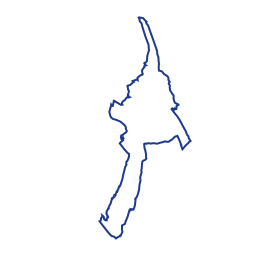 Karatu, Arusha, United Republic of Tanzania (Equal Earth projection), rotated 322°
{"feature_id": "72390352B22674606658861", "entity_name": "Karatu", "entity_type": "district", "adm_level": 2, "iso_a3": "TZA", "parent_name": "United Republic of Tanzania", "parent_adm1": "Arusha", "projection": "equal_earth", "projection_center": [35.413, -3.487], "detail": "fine", "context": "isolated", "style": "outline", "palette": "blue", "viewbox_px": 256, "rotation_deg": 322, "n_neighbors": 0, "source": "geoboundaries", "source_scale": "gbopen_adm2", "svg_char_len": 5673}
<svg xmlns="http://www.w3.org/2000/svg" viewBox="0 0 256 256"><g transform="rotate(322 128 128)"><path d="M189.4,117.0L189.3,116.1L189.4,115.2L189.6,114.9L190.5,113.7L190.8,112.9L190.9,112.4L190.9,111.6L190.7,110.6L189.6,107.7L189.6,104.3L187.7,101.8L189.3,99.4L191.0,97.4L191.8,96.7L193.5,93.8L195.6,90.9L196.4,88.1L198.2,85.4L200.0,80.4L203.4,70.2L205.7,63.3L206.9,59.8L206.9,57.0L207.5,55.5L208.0,55.5L207.8,54.7L207.5,50.7L204.9,47.7L204.4,47.6L203.8,49.9L203.0,51.0L203.1,54.0L201.8,56.7L200.8,59.3L198.0,66.8L195.4,75.1L192.2,79.8L187.9,82.8L184.2,86.8L181.6,87.5L181.2,87.0L180.9,87.4L180.6,87.4L180.6,87.5L180.4,88.6L180.6,89.0L180.7,89.5L180.4,89.3L180.2,89.1L179.4,89.5L179.0,89.3L178.7,89.5L178.3,89.8L178.2,90.0L178.1,89.9L176.2,90.7L175.6,90.8L174.5,91.3L173.9,92.1L173.2,93.4L173.1,93.9L172.9,94.3L172.8,94.6L172.3,94.8L171.9,94.8L171.4,94.5L170.6,94.2L167.6,94.1L166.9,94.2L166.5,94.3L166.2,94.5L165.1,96.2L164.8,95.2L162.6,94.5L160.6,93.9L160.8,94.7L160.9,95.3L159.5,95.2L156.5,95.5L155.6,95.2L153.6,94.4L153.3,94.7L153.0,95.6L151.8,97.6L151.5,98.8L151.5,99.3L151.0,100.0L150.8,100.2L150.4,100.4L150.1,100.6L149.7,101.0L149.3,101.1L148.9,101.4L148.7,101.8L148.3,102.1L148.4,102.6L148.3,102.9L148.2,103.0L148.1,102.9L147.8,102.4L147.6,102.6L147.7,103.2L148.3,104.7L147.0,104.2L146.1,103.3L145.1,103.3L142.9,104.0L140.2,103.9L139.0,104.3L138.3,104.9L138.0,106.2L136.6,105.3L135.5,102.4L134.3,99.5L133.9,97.7L133.8,98.3L133.7,98.9L133.4,98.0L130.8,100.3L128.9,101.7L129.1,101.3L129.2,99.2L127.7,100.5L123.3,103.7L121.5,107.6L121.2,109.8L121.7,111.5L123.7,114.3L125.8,118.0L126.2,119.3L127.0,123.1L127.0,125.1L126.6,126.3L126.0,127.0L125.2,129.4L125.2,129.6L125.1,129.8L123.9,130.2L122.8,130.2L122.4,130.1L120.5,130.1L119.2,130.2L119.1,130.4L118.9,130.3L118.7,130.0L118.4,129.7L118.1,129.7L117.1,130.6L117.1,130.8L117.1,131.0L117.0,130.9L116.9,130.9L116.6,131.4L116.6,131.6L116.4,131.7L116.2,132.1L116.1,132.7L115.9,133.0L116.0,133.3L116.8,132.9L117.2,132.5L117.6,132.3L118.3,132.4L118.3,132.6L118.2,132.8L117.9,132.8L117.7,133.0L117.9,133.4L117.3,133.6L117.0,133.9L116.9,134.5L116.7,134.6L115.9,134.7L114.0,134.7L113.0,134.8L112.1,135.0L112.0,139.1L112.0,140.7L111.9,142.1L112.1,144.0L112.3,147.0L112.8,149.1L112.6,149.3L111.7,150.7L109.2,152.5L107.1,153.5L106.0,153.6L104.4,155.3L104.3,155.9L101.7,157.0L98.0,160.0L95.6,161.8L92.1,164.8L86.5,168.6L86.2,168.4L85.8,168.5L85.7,168.4L85.3,168.7L85.0,168.7L84.9,169.1L84.1,169.1L83.7,169.5L83.4,169.6L83.1,170.0L82.9,170.0L82.6,170.2L82.2,170.3L81.9,170.6L81.4,170.6L81.2,170.9L80.8,171.3L80.5,171.2L80.3,171.4L79.9,171.3L79.5,171.3L79.4,171.5L79.5,171.8L78.8,171.9L78.3,172.1L77.3,172.7L76.9,172.6L77.1,173.0L76.9,173.2L76.5,172.8L76.2,172.8L75.9,173.1L75.5,173.4L75.4,173.6L75.2,173.5L75.1,173.0L74.9,173.0L74.7,173.2L74.5,173.7L74.3,173.7L74.0,173.5L73.8,173.6L74.0,173.9L73.8,174.0L73.1,174.0L72.4,173.5L72.1,173.5L71.9,173.6L71.8,173.8L72.0,174.2L71.1,174.4L67.7,176.9L66.9,177.1L65.5,177.8L64.0,178.7L63.9,178.8L63.6,179.0L63.0,179.1L62.8,179.2L63.0,179.5L62.7,179.6L62.2,179.6L61.5,180.0L60.3,180.4L59.9,180.6L59.2,181.2L58.4,182.4L58.3,182.6L58.2,182.5L58.0,182.9L57.9,183.4L57.7,184.4L57.7,185.0L57.8,185.1L57.7,185.6L57.0,186.2L56.7,186.1L56.6,185.8L56.1,186.1L55.2,186.8L54.8,187.1L54.5,186.9L54.5,186.7L54.4,187.0L54.3,186.8L54.2,186.9L54.1,187.1L53.8,187.2L53.6,187.0L53.6,186.7L53.3,186.5L53.1,185.7L53.1,185.3L53.1,184.9L53.5,184.3L54.1,183.3L54.1,181.9L53.9,181.0L53.7,181.4L53.5,181.6L53.0,182.0L51.3,182.5L50.7,183.2L50.2,183.6L49.5,184.0L49.3,184.2L48.6,184.3L48.2,184.1L48.1,185.3L48.1,189.5L48.1,198.3L48.3,201.1L48.7,203.2L49.5,204.2L50.3,205.4L50.5,207.6L53.7,207.8L54.8,208.4L55.5,207.9L56.0,208.3L59.8,206.3L60.6,204.4L63.3,201.1L66.5,201.7L68.9,199.9L69.5,199.7L70.8,199.0L71.1,198.7L73.8,197.2L75.4,195.9L77.2,194.7L78.5,193.7L78.6,193.8L78.9,194.2L79.0,194.3L79.4,193.8L79.9,194.2L80.1,193.8L80.4,194.3L80.7,194.1L80.9,194.5L81.2,194.6L81.2,194.8L81.5,194.9L81.6,195.3L81.7,195.6L82.1,195.6L83.0,195.2L86.1,193.0L86.8,192.3L87.1,191.9L90.0,189.0L90.0,188.3L92.1,187.9L94.8,186.4L99.0,183.2L102.3,179.6L105.4,177.2L107.3,174.3L111.5,171.3L112.2,169.7L113.7,168.5L117.5,164.4L118.8,163.2L120.6,163.3L121.7,163.7L123.6,163.4L124.4,161.8L125.8,160.2L128.0,156.0L128.0,155.7L128.2,155.4L128.5,154.3L128.8,153.7L130.4,151.4L130.8,150.6L131.0,150.5L132.2,150.9L132.6,151.4L132.8,151.7L133.1,152.0L134.2,152.2L134.5,152.4L135.3,153.1L136.1,154.1L138.4,155.4L139.9,156.8L140.9,157.9L141.3,158.3L142.8,158.9L144.7,159.6L147.0,160.7L147.9,161.0L148.6,161.1L148.9,161.3L149.9,162.5L151.2,163.6L152.0,163.9L153.7,163.9L154.7,164.1L155.5,164.2L156.5,164.1L158.5,163.8L159.8,163.7L160.9,164.3L162.1,164.6L160.5,171.0L160.1,172.4L159.2,174.1L159.4,174.4L158.7,175.5L158.2,176.9L157.8,178.3L162.9,177.2L166.4,177.0L167.3,176.6L169.3,176.7L169.3,176.0L169.6,173.6L169.8,173.0L170.1,172.6L170.4,171.9L170.5,170.9L170.4,169.6L170.5,169.1L171.3,167.1L171.7,165.4L171.9,163.7L172.6,159.3L173.1,156.9L173.7,153.0L174.0,149.2L173.9,144.9L174.0,139.9L175.0,139.8L175.2,140.3L175.4,141.7L175.5,141.7L175.6,141.4L175.8,141.8L176.1,141.5L176.4,142.1L176.5,142.1L177.0,141.7L177.1,142.2L177.3,142.2L177.7,142.7L177.9,142.4L178.1,142.3L178.0,141.9L178.8,141.8L179.6,140.8L180.0,140.5L180.5,140.4L181.6,140.9L181.8,140.9L182.2,140.6L181.8,139.6L181.5,139.2L181.1,138.3L180.7,137.6L180.6,136.6L180.8,135.9L181.3,134.4L182.3,132.3L183.0,131.7L183.8,130.8L184.0,130.4L184.0,129.4L183.9,128.0L184.1,127.4L184.1,126.4L184.4,124.0L185.1,123.0L185.7,121.9L187.1,120.3L187.3,119.6L187.3,118.6L187.6,118.0L187.9,117.6L188.7,117.5L189.0,117.2L189.2,117.3L189.4,117.0Z" fill="none" stroke="#1e3a8a" stroke-width="2"/></g></svg>